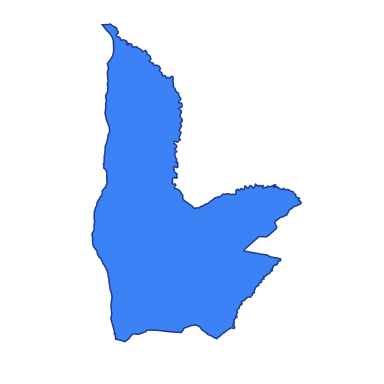 the district of Lisala, Équateur, Democratic Republic of the Congo, rotated 97°
{"feature_id": "63176286B55618881730154", "entity_name": "Lisala", "entity_type": "district", "adm_level": 2, "iso_a3": "COD", "parent_name": "Democratic Republic of the Congo", "parent_adm1": "Équateur", "projection": "orthographic", "projection_center": [20.812, 2.549], "detail": "fine", "context": "isolated", "style": "filled", "palette": "blue", "viewbox_px": 384, "rotation_deg": 97, "n_neighbors": 0, "source": "geoboundaries", "source_scale": "gbopen_adm2", "svg_char_len": 6037}
<svg xmlns="http://www.w3.org/2000/svg" viewBox="0 0 384 384"><g transform="rotate(97 192 192)"><path d="M347.5,249.7L347.2,248.8L347.7,247.4L347.7,245.0L348.8,240.8L348.6,240.2L345.3,236.7L343.3,235.8L340.4,233.8L339.9,232.3L339.7,227.8L338.3,224.7L335.9,220.6L334.5,219.7L333.5,210.7L333.4,197.2L332.8,185.5L329.5,183.8L327.8,183.2L327.7,182.5L324.7,176.5L323.8,173.5L323.6,171.7L324.0,169.9L325.0,167.7L327.4,165.6L330.4,160.1L331.5,158.9L332.4,155.1L333.4,153.4L334.6,149.5L332.9,148.5L332.3,147.3L330.7,145.9L329.6,145.4L327.4,142.7L325.4,140.6L324.7,140.3L322.2,136.7L322.0,136.1L322.4,133.7L321.4,133.2L320.3,133.3L319.6,134.0L319.3,135.1L318.4,134.2L317.6,134.3L317.4,134.9L316.3,134.1L313.8,134.8L313.3,134.3L311.8,133.8L310.9,132.2L310.5,132.3L310.2,133.1L309.3,132.5L308.2,133.1L306.1,132.2L304.7,132.9L303.2,132.6L301.3,130.9L299.4,131.1L298.3,129.6L297.6,129.5L297.1,128.7L296.6,128.7L296.2,129.5L295.6,129.7L294.9,129.4L292.7,126.2L291.7,126.0L290.4,124.5L289.9,124.4L289.1,122.4L289.2,121.1L286.6,119.6L285.0,119.5L284.8,118.3L284.0,117.8L282.8,118.3L278.8,117.1L277.3,115.6L276.7,114.5L276.2,114.4L275.6,114.7L273.9,114.1L273.3,112.3L272.7,112.1L272.5,112.5L271.3,112.4L270.4,111.3L269.5,111.2L269.5,110.1L268.9,110.3L268.5,109.9L267.7,110.5L267.2,110.6L266.5,108.8L264.9,107.3L264.1,107.3L264.0,105.9L262.5,104.6L260.9,104.0L260.3,102.7L259.7,102.6L259.3,103.6L258.7,103.0L255.8,102.3L254.2,100.8L254.2,99.8L253.7,98.8L252.0,98.2L251.0,98.4L250.2,97.8L249.5,95.9L247.8,95.7L247.1,99.2L246.9,106.2L245.3,110.0L245.3,115.3L244.3,132.4L244.1,133.3L243.8,133.4L241.7,132.1L228.3,120.3L227.9,119.1L227.7,114.3L227.3,112.4L226.3,111.2L217.9,103.8L215.9,103.9L212.8,106.1L210.3,105.3L209.3,103.9L206.6,101.5L205.1,97.9L204.1,97.0L203.7,95.7L202.9,95.0L197.7,93.0L195.9,90.7L194.1,89.3L193.0,86.5L191.7,85.3L191.7,84.5L190.7,83.1L189.8,82.5L189.0,82.5L187.7,83.8L187.1,85.2L186.4,85.5L185.5,84.5L185.1,84.6L184.7,85.9L184.5,87.7L184.1,88.2L182.0,88.8L181.0,90.3L179.4,91.8L179.2,94.2L178.0,96.4L177.8,97.5L178.5,99.0L177.9,101.0L177.1,101.5L178.6,103.1L178.3,104.7L176.2,108.7L177.4,110.7L177.0,111.6L176.5,111.6L175.4,110.1L174.8,110.0L174.6,110.5L177.5,115.6L176.9,117.4L177.1,117.7L178.1,118.0L178.6,118.6L178.4,119.5L178.6,120.4L179.4,121.5L179.2,122.0L178.6,122.3L177.0,122.2L177.0,123.0L177.7,124.2L177.2,125.8L177.9,126.6L177.9,127.4L176.5,129.9L180.2,130.8L180.7,131.5L178.6,134.1L178.5,135.1L179.7,135.9L180.8,136.0L181.3,137.1L181.0,138.2L179.8,139.1L179.6,139.7L179.9,140.4L182.3,140.5L183.1,140.9L183.5,141.6L182.6,143.5L183.0,144.2L184.1,144.6L184.8,145.7L183.8,146.6L183.7,147.1L184.5,148.3L186.6,148.6L187.7,148.2L188.7,148.3L189.4,149.1L189.2,151.4L189.8,153.2L189.3,155.7L189.4,156.8L190.2,158.4L190.1,160.1L190.5,161.2L193.0,163.2L193.6,164.0L193.4,164.6L194.2,166.8L194.9,167.9L195.0,168.7L196.4,169.6L198.9,172.5L201.2,174.4L202.6,177.4L204.2,179.0L204.9,180.7L205.9,182.1L206.9,182.9L207.0,184.9L208.0,187.5L206.0,190.2L201.4,198.8L199.4,200.5L196.9,200.6L196.4,200.9L192.8,203.9L191.7,205.1L190.9,207.0L190.5,209.4L190.1,209.9L188.9,210.0L187.3,208.9L186.4,209.3L186.1,209.7L186.5,211.1L186.2,212.4L185.8,212.9L184.2,212.5L181.0,213.1L180.3,212.3L179.9,211.1L180.2,209.2L179.6,208.5L177.7,209.1L176.2,208.9L175.7,209.2L174.7,211.6L174.0,212.1L172.6,212.1L170.4,213.4L169.5,213.2L168.9,211.9L169.6,210.6L169.5,209.8L168.7,209.0L167.7,209.1L166.5,209.8L164.6,209.7L164.4,210.0L164.7,210.9L164.4,211.3L162.1,211.0L159.4,212.6L156.6,213.7L155.3,213.7L154.0,212.1L153.3,212.1L153.3,212.6L152.6,213.7L151.5,214.7L150.1,213.1L149.5,212.8L148.3,212.8L146.9,213.9L146.1,215.6L144.5,216.1L144.0,215.6L143.7,214.7L144.4,212.8L144.3,212.3L142.7,211.7L141.8,210.0L139.6,211.3L138.2,211.2L134.3,210.1L132.6,212.1L131.5,212.0L128.2,210.6L127.2,210.6L125.8,211.8L125.2,212.0L123.4,210.5L121.6,210.4L118.3,213.1L117.3,213.2L113.7,212.2L112.9,212.6L111.0,215.0L110.4,215.0L109.0,212.8L108.4,212.3L106.0,212.6L104.9,213.5L105.4,215.5L104.6,216.4L103.6,216.3L101.9,214.6L100.9,214.4L99.1,216.2L95.4,217.7L94.8,219.2L94.0,220.2L91.2,221.7L89.9,223.2L89.3,223.5L86.8,223.6L85.2,224.4L80.6,224.6L79.8,225.2L79.5,225.9L79.8,226.5L81.6,227.6L81.7,228.4L81.1,229.8L82.1,231.2L81.7,231.8L80.5,232.1L80.0,232.5L79.7,233.4L80.4,234.5L80.3,235.0L77.4,236.6L75.9,239.0L75.3,239.1L73.4,238.4L71.5,239.6L71.1,240.1L70.4,242.8L71.0,244.4L70.9,245.1L68.7,246.5L68.0,249.7L67.5,250.3L66.8,250.3L65.2,249.0L63.7,249.5L62.3,250.3L61.6,251.1L60.6,253.5L58.8,253.9L57.2,255.3L57.8,256.7L58.6,257.3L58.8,258.1L58.5,258.8L57.5,259.3L56.8,260.2L55.5,263.4L54.6,264.6L55.4,268.6L55.0,269.2L53.8,269.3L52.8,269.9L52.3,271.6L52.4,272.5L52.8,273.0L54.0,273.6L53.7,274.4L53.4,274.9L51.7,275.2L51.8,274.1L50.0,275.7L49.6,276.9L49.4,279.2L50.0,280.5L49.9,281.1L48.0,282.1L47.1,283.1L46.9,285.4L45.9,286.4L45.3,286.3L43.2,284.6L42.2,284.6L40.7,286.1L38.7,286.7L38.0,287.7L36.9,290.8L35.2,293.7L36.1,295.9L36.9,301.5L41.8,296.6L45.1,292.4L47.8,290.3L51.4,288.5L61.5,286.9L65.8,287.2L69.6,288.6L74.9,291.6L80.1,289.8L82.1,290.6L84.0,290.6L90.6,289.2L91.7,288.7L95.6,289.2L98.6,288.2L101.9,288.0L104.1,288.3L106.2,289.4L109.3,289.1L110.9,288.3L112.3,288.0L115.1,288.4L118.1,287.9L124.7,287.9L129.6,286.0L130.8,285.8L137.0,282.3L140.0,281.4L142.6,281.2L146.2,282.3L149.1,282.1L154.8,283.0L157.0,283.7L164.6,283.1L166.8,283.5L173.5,282.8L174.8,283.4L176.2,282.7L178.9,282.6L181.1,279.6L181.8,279.5L182.0,279.1L191.0,278.0L193.6,277.3L198.1,278.7L201.7,281.3L205.4,280.9L207.6,281.7L208.1,282.5L209.6,282.8L211.0,283.7L214.6,285.0L217.3,284.9L218.9,285.7L222.6,286.4L227.9,286.2L230.4,285.9L232.1,285.1L237.8,285.1L240.3,284.6L242.3,284.7L244.8,286.0L247.0,286.0L249.0,285.2L253.2,284.7L257.9,283.3L262.3,279.1L265.2,278.2L266.7,276.9L268.2,276.1L268.6,274.7L273.7,271.6L276.2,269.5L280.8,266.5L285.1,264.9L286.6,264.7L288.4,263.8L289.9,263.7L299.2,261.2L299.8,260.6L305.3,258.6L314.2,258.6L316.9,258.2L322.0,256.9L324.3,256.8L327.4,257.2L340.1,251.9L342.4,251.8L342.5,251.6L342.1,251.2L347.5,249.7Z" fill="#3b82f6" stroke="#1e3a8a" stroke-width="1.5"/></g></svg>